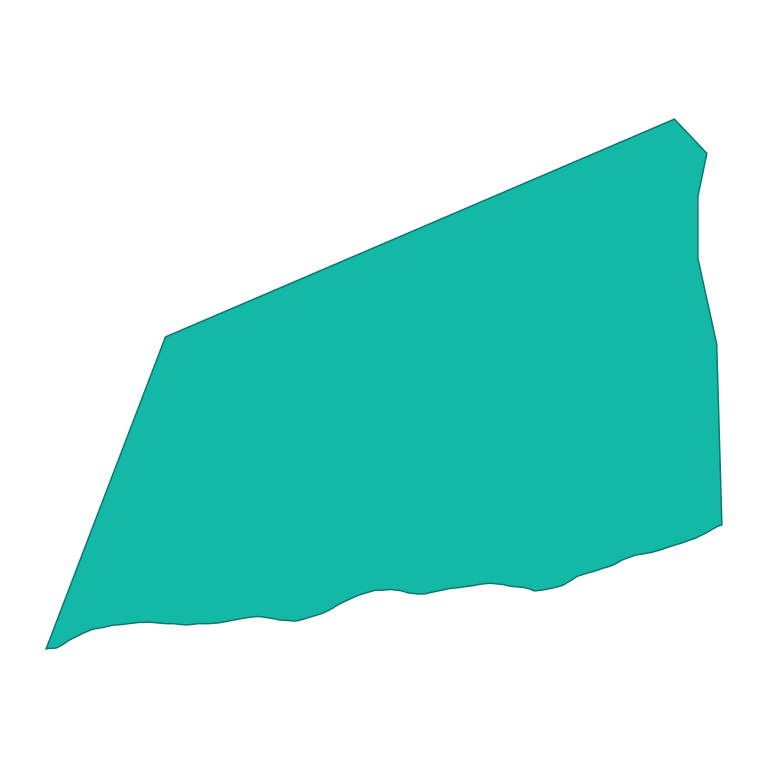 outline of Cocoa Dan, Saint Lucia
{"feature_id": "8701671B69443980159425", "entity_name": "Cocoa Dan", "entity_type": "district", "adm_level": 2, "iso_a3": "LCA", "parent_name": "Saint Lucia", "parent_adm1": "", "projection": "orthographic", "projection_center": [-60.972, 13.731], "detail": "fine", "context": "isolated", "style": "filled", "palette": "teal", "viewbox_px": 768, "rotation_deg": 0, "n_neighbors": 0, "source": "geoboundaries", "source_scale": "gbopen_adm2", "svg_char_len": 1640}
<svg xmlns="http://www.w3.org/2000/svg" viewBox="0 0 768 768"><path d="M46.1,648.9L49.5,648.3L53.1,648.3L56.5,647.9L61.0,645.6L63.8,643.9L66.5,642.1L68.5,640.5L73.6,638.0L82.4,633.5L86.5,631.8L91.4,629.7L95.7,628.6L98.8,628.2L102.9,627.5L104.6,627.1L113.3,625.1L119.8,624.7L128.2,623.7L137.9,622.5L146.0,622.3L150.5,622.2L153.3,622.5L156.4,622.8L165.8,623.6L173.4,623.7L181.1,624.5L187.0,625.0L189.3,624.7L195.6,624.0L197.9,623.6L206.3,623.7L210.7,623.5L213.6,623.3L219.3,622.8L223.3,622.0L227.0,621.4L230.5,620.7L242.4,618.4L250.3,617.2L257.4,616.5L261.8,616.8L265.1,617.4L268.5,617.8L270.4,618.2L275.7,619.0L279.7,620.0L282.4,620.1L285.7,620.4L289.7,620.6L292.9,621.0L295.9,621.0L297.7,620.7L304.7,618.8L311.1,616.8L314.8,615.7L322.5,613.3L329.0,610.2L333.6,607.7L335.4,606.2L342.0,602.6L350.9,598.6L355.0,596.8L357.4,595.6L363.5,593.6L375.3,590.2L383.5,590.2L390.0,589.4L395.8,590.1L401.0,590.7L408.4,592.9L410.7,593.1L417.3,594.0L419.2,594.0L425.7,593.8L428.0,593.1L436.7,591.2L442.1,590.2L444.5,589.6L449.2,588.5L457.1,587.8L472.5,585.7L480.6,584.2L482.8,583.9L489.3,583.3L491.2,583.3L503.8,584.6L508.6,585.9L512.2,586.4L518.9,587.0L524.2,587.6L528.9,588.7L534.2,590.9L542.9,590.0L553.2,587.9L562.4,585.5L563.9,584.6L571.2,580.3L577.5,576.2L584.6,573.9L596.9,570.4L603.7,568.0L606.9,567.2L611.0,565.9L615.2,564.0L621.6,560.2L634.9,555.2L643.0,553.9L651.1,552.5L661.6,549.5L671.2,546.2L685.0,541.9L689.1,540.3L695.1,538.4L698.7,536.5L705.6,533.2L711.9,529.5L717.9,526.2L721.9,525.0L716.7,343.9L697.9,258.4L697.9,196.5L706.9,153.4L674.4,119.1L165.5,336.9L80.9,557.9L46.1,648.9Z" fill="#14b8a6" stroke="#0f766e" stroke-width="1.5"/></svg>